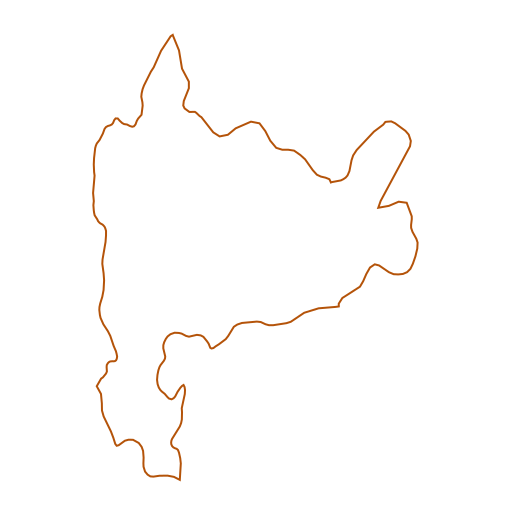 the border of Loja, rotated 179°
{"feature_id": "ECU-1268", "entity_name": "Loja", "entity_type": "Province", "adm_level": 1, "iso_a3": "ECU", "parent_name": "Ecuador", "parent_adm1": "", "projection": "equal_earth", "projection_center": [-79.576, -4.049], "detail": "fine", "context": "isolated", "style": "outline", "palette": "amber", "viewbox_px": 512, "rotation_deg": 179, "n_neighbors": 0, "source": "natural_earth", "source_scale": "10m", "svg_char_len": 3466}
<svg xmlns="http://www.w3.org/2000/svg" viewBox="0 0 512 512"><g transform="rotate(179 256 256)"><path d="M137.4,245.6L142.2,242.5L146.0,236.1L149.3,228.9L152.6,223.5L170.4,212.5L174.1,206.9L174.1,204.1L177.5,203.7L194.3,202.6L208.8,198.4L222.4,189.6L226.8,188.3L240.1,186.5L244.3,186.6L247.7,187.6L252.4,189.9L256.3,190.4L271.2,189.3L275.9,187.8L279.4,185.6L285.2,176.5L287.7,173.4L294.6,168.4L297.9,166.4L300.2,164.7L302.1,164.3L303.3,165.0L304.9,169.2L306.4,171.5L310.0,176.1L312.7,177.6L316.5,178.2L324.4,176.5L327.3,177.3L331.7,179.7L334.4,180.4L338.7,180.7L342.9,179.3L345.8,177.1L347.6,174.7L349.3,171.4L350.2,168.5L350.3,165.3L348.5,157.1L348.8,155.0L349.9,152.9L353.4,148.5L354.5,146.5L355.6,143.4L356.6,138.8L357.1,133.9L356.6,129.6L355.5,126.2L354.0,123.7L352.5,122.1L349.7,119.8L347.0,116.5L345.5,115.0L342.9,114.2L340.9,115.2L339.3,116.9L336.7,121.7L333.9,125.6L332.2,127.4L330.7,128.3L329.7,126.2L329.3,123.2L329.6,119.2L332.9,105.1L332.7,101.0L333.0,93.8L333.8,90.2L335.2,86.8L343.1,74.6L343.8,72.9L344.1,71.0L344.0,69.3L343.2,67.4L342.0,66.1L340.4,65.2L338.7,64.6L337.4,63.4L336.4,60.6L335.3,55.2L334.8,49.9L336.1,33.5L341.9,36.6L348.1,37.9L356.1,38.0L362.4,37.2L365.5,37.5L368.2,39.3L370.7,42.4L372.1,47.2L372.2,50.6L371.9,56.4L372.3,63.1L373.7,67.2L376.5,71.1L382.2,74.4L386.8,74.5L390.3,73.6L396.6,69.2L398.6,68.7L400.0,70.6L401.8,76.7L404.1,83.1L411.1,98.2L412.7,104.2L412.7,111.4L413.4,120.8L417.5,128.6L413.0,136.1L411.2,137.3L408.0,141.1L407.1,143.1L407.3,147.6L407.1,149.6L406.0,151.4L405.0,152.4L403.7,153.1L401.3,153.3L400.1,153.2L398.8,153.4L397.7,154.2L397.0,155.7L396.6,157.9L397.1,160.7L397.7,163.2L399.9,168.6L403.1,178.7L405.4,183.4L409.8,190.4L412.5,196.8L413.1,199.7L413.6,204.8L413.4,207.7L412.6,211.2L410.4,217.9L409.0,224.6L408.3,234.3L408.7,241.5L409.8,250.8L409.5,255.2L406.2,272.6L405.6,279.1L405.5,283.7L406.1,285.9L406.7,287.5L407.4,288.5L408.1,289.3L408.9,290.1L411.2,291.4L412.3,292.4L413.4,293.8L414.0,295.3L416.6,299.5L417.1,301.9L417.4,304.4L417.7,309.7L417.2,313.7L417.8,321.8L416.0,339.2L416.4,342.7L416.6,350.3L416.2,356.7L414.9,366.7L414.2,369.1L413.2,371.3L410.4,374.7L407.0,381.0L405.2,385.7L403.8,387.5L401.8,388.6L399.8,389.1L397.9,390.0L396.6,391.5L395.4,394.3L394.0,396.0L391.8,395.9L389.9,393.6L387.5,391.3L385.6,390.2L382.6,389.7L379.9,388.2L377.5,387.4L375.8,387.8L374.2,389.6L372.8,393.2L371.4,395.5L368.0,399.2L366.7,408.3L366.9,411.7L367.9,417.2L367.5,420.6L366.5,424.7L365.0,428.5L357.9,442.1L355.0,446.4L347.3,462.9L337.5,477.2L335.4,478.5L335.3,478.1L329.4,462.9L326.7,444.6L320.1,431.5L320.2,424.9L325.5,412.2L326.1,407.7L324.8,404.8L320.1,401.2L314.6,401.2L313.2,400.2L309.9,396.9L308.2,395.8L296.6,380.4L290.3,376.2L282.0,377.7L274.1,384.0L258.7,390.4L250.2,388.6L244.5,380.7L239.7,371.0L233.9,363.8L227.9,361.8L222.0,361.7L216.1,360.7L209.9,356.2L205.2,351.8L197.8,340.9L193.7,336.2L189.8,334.3L185.1,333.1L181.3,331.5L179.8,328.2L179.2,328.5L169.8,330.1L167.3,331.3L165.0,332.8L163.1,334.9L161.1,339.3L158.8,350.1L157.1,354.9L153.5,360.2L135.9,378.3L126.5,385.1L124.3,387.8L122.5,388.0L118.4,388.2L114.6,386.3L104.4,378.5L101.2,374.7L99.2,368.3L100.1,363.0L130.4,308.9L132.9,302.1L122.3,303.8L112.4,307.8L104.4,306.6L99.6,293.0L99.6,290.1L100.4,284.3L100.4,281.4L99.1,277.4L95.4,270.4L94.2,266.6L94.6,260.9L94.6,260.7L96.6,252.9L99.3,245.5L101.8,240.5L105.2,237.2L109.4,235.5L114.0,235.1L118.7,235.4L123.4,237.5L133.1,244.4L137.4,245.6Z" fill="none" stroke="#b45309" stroke-width="2"/></g></svg>